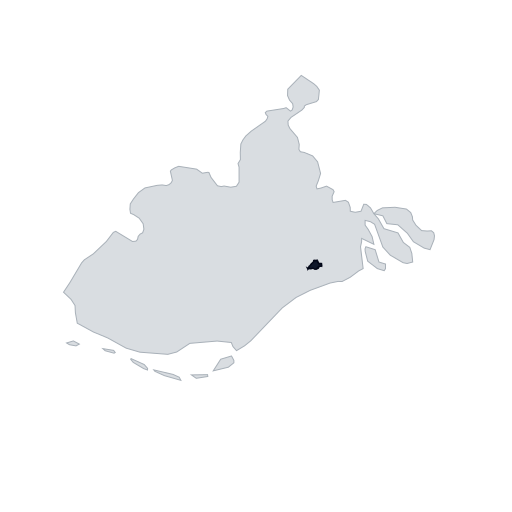 Lansingerland, Zuid-Holland, Netherlands (highlighted), rotated 213°
{"feature_id": "6326949B1243164224126", "entity_name": "Lansingerland", "entity_type": "district", "adm_level": 2, "iso_a3": "NLD", "parent_name": "Netherlands", "parent_adm1": "Zuid-Holland", "projection": "orthographic", "projection_center": [4.494, 52.011], "detail": "fine", "context": "in_parent", "style": "filled", "palette": "ink", "viewbox_px": 512, "rotation_deg": 213, "n_neighbors": 0, "source": "geoboundaries", "source_scale": "gbopen_adm2", "svg_char_len": 4836}
<svg xmlns="http://www.w3.org/2000/svg" viewBox="0 0 512 512"><g transform="rotate(213 256 256)"><path d="M316.4,432.1L308.5,432.0L301.2,431.9L297.3,431.3L293.2,429.6L291.2,425.8L288.9,421.2L289.4,418.4L296.2,410.3L297.1,408.1L296.4,406.9L297.0,403.4L302.1,391.4L302.7,386.6L300.3,383.3L296.9,381.3L285.8,378.0L280.5,373.1L278.1,368.8L275.6,367.6L272.0,369.1L263.0,370.8L255.6,368.5L246.8,360.4L244.7,353.0L243.6,347.4L241.4,345.5L238.5,348.4L234.9,353.0L227.6,353.6L225.5,352.5L225.1,350.0L224.7,347.6L222.7,344.6L220.5,342.9L211.3,351.4L207.8,351.4L203.5,348.1L201.3,344.9L196.6,346.7L192.3,350.7L193.8,358.1L191.5,359.4L186.2,358.7L180.2,355.7L173.6,353.8L163.6,348.6L149.5,352.7L139.8,347.6L131.7,347.0L126.7,343.0L121.3,336.3L125.2,332.0L129.0,330.5L143.8,329.8L154.5,332.6L173.8,347.2L178.7,347.1L183.9,345.3L181.3,341.3L176.4,339.4L169.2,335.5L163.5,330.0L177.0,328.3L175.2,325.5L173.4,320.7L159.3,303.8L161.8,299.3L165.4,289.5L169.9,281.5L173.4,279.3L179.2,273.6L191.8,256.8L199.8,243.1L205.7,226.8L214.2,182.0L216.7,174.4L220.8,166.0L226.0,167.5L229.6,170.0L242.3,163.5L263.9,146.7L270.2,132.3L276.4,125.5L301.0,112.1L314.7,108.0L335.8,106.5L351.0,103.7L369.3,102.3L376.6,110.1L380.8,115.9L387.5,118.9L397.7,120.8L397.6,132.4L398.5,155.2L397.9,159.3L393.6,169.2L389.4,186.7L388.5,198.1L387.1,200.3L367.5,200.9L364.8,203.0L364.4,205.4L365.5,208.3L365.1,211.3L363.7,213.7L364.6,217.4L368.2,221.6L374.5,224.1L381.1,224.1L384.5,223.5L387.2,226.5L389.8,231.2L389.8,237.1L389.1,245.1L386.2,252.6L377.4,261.4L373.4,264.5L369.6,266.2L367.8,268.5L367.0,271.4L367.3,273.9L374.0,280.5L373.9,282.1L372.1,285.7L369.7,289.1L353.1,296.5L346.1,296.2L342.2,299.8L341.0,300.4L336.5,297.4L326.6,293.9L322.9,295.3L320.9,297.3L314.7,299.9L310.4,303.8L310.4,308.7L318.6,321.3L321.4,323.7L321.6,328.4L325.6,334.3L329.7,341.7L330.2,346.4L329.9,351.2L328.0,358.1L321.5,374.2L321.4,377.2L322.1,379.6L324.5,380.1L326.3,381.3L325.8,383.4L313.1,394.8L311.5,396.8L306.0,396.3L305.2,398.2L306.0,401.2L308.2,403.7L312.8,405.0L316.9,407.7L320.2,413.2L316.4,432.1ZM180.2,355.7L179.1,360.3L176.1,365.3L165.9,372.6L155.4,377.3L149.9,376.7L146.2,374.1L144.2,371.5L138.6,368.9L130.9,367.5L126.0,370.2L122.6,372.7L119.6,372.3L117.3,370.1L115.6,366.7L113.5,356.1L119.3,354.2L131.8,353.7L141.4,357.5L154.1,359.4L163.9,354.4L171.5,358.8L180.2,355.7ZM159.5,312.5L166.8,319.2L168.4,321.3L168.9,323.6L159.5,326.2L149.6,317.9L143.0,319.8L140.5,315.9L140.5,313.5L147.4,311.5L159.5,312.5ZM229.4,150.2L222.1,158.8L217.7,156.4L216.4,154.4L218.6,147.7L229.3,136.4L229.4,150.2ZM261.1,111.5L254.4,112.5L251.3,110.8L267.6,105.8L277.9,104.2L279.7,104.8L261.1,111.5ZM304.9,101.9L290.6,104.1L285.7,102.7L284.9,101.3L288.8,100.4L301.0,99.9L304.8,101.1L304.9,101.9ZM245.4,121.1L232.0,130.1L230.8,128.7L239.5,120.9L245.4,121.1ZM362.9,85.3L356.2,85.9L358.0,82.6L364.1,80.0L367.5,79.9L362.9,85.3ZM334.0,94.9L324.0,99.3L321.5,98.4L322.1,97.2L330.9,94.4L334.0,94.9Z" fill="#d9dde1" stroke="#a8b0b8" stroke-width="1"/><path d="M205.4,273.4L204.9,273.9L204.9,274.0L204.7,274.2L204.7,274.3L204.7,274.6L204.5,274.9L204.4,274.9L204.2,274.9L203.8,274.8L203.7,274.8L203.1,275.2L203.1,275.3L202.8,275.5L202.6,275.7L202.4,275.9L202.2,276.1L201.9,276.5L201.7,276.7L201.6,276.8L201.4,276.9L199.4,277.0L199.2,277.1L198.7,277.6L198.6,277.8L198.4,277.8L198.2,277.9L198.1,278.0L197.9,278.1L197.9,278.3L197.9,278.5L198.0,278.6L198.0,278.8L197.9,278.9L198.0,278.9L198.0,279.0L198.2,279.3L198.0,279.5L197.9,279.6L197.8,279.8L197.8,280.0L197.7,280.0L197.8,280.1L197.9,280.3L198.0,280.3L198.0,280.5L197.9,280.6L197.7,280.7L197.3,280.8L197.4,281.1L197.5,281.1L197.5,281.3L197.4,281.3L197.2,281.5L197.1,281.8L195.5,283.3L195.4,283.3L195.5,283.6L195.7,283.8L195.9,284.0L196.0,284.1L196.1,284.3L196.3,284.4L196.3,284.5L196.7,285.0L196.8,285.0L197.0,285.3L197.3,285.1L197.5,285.0L197.6,284.9L197.9,284.8L198.0,284.8L198.1,284.7L198.1,284.3L198.2,284.2L198.2,283.9L198.4,283.6L198.5,283.4L198.6,283.5L198.6,283.4L198.8,283.3L198.7,283.2L199.8,284.1L200.0,284.3L200.7,284.8L200.7,284.6L200.7,284.4L200.8,284.3L201.6,284.9L201.5,285.0L201.8,285.2L202.0,285.4L202.5,285.7L202.6,285.3L202.8,285.3L203.0,285.1L203.2,284.9L203.3,284.8L203.5,284.8L203.7,284.7L203.8,284.5L203.8,284.4L203.9,284.5L204.0,284.5L204.2,284.4L204.3,284.4L204.5,284.2L204.8,284.1L205.0,283.9L205.1,283.7L205.0,283.4L204.9,283.1L204.7,282.9L204.7,282.7L204.6,282.2L204.6,281.9L204.7,281.7L204.7,281.4L204.8,281.4L205.0,280.7L205.0,280.4L205.1,280.2L205.2,279.8L205.3,279.7L205.2,279.5L205.3,279.5L205.3,279.4L205.3,279.2L205.3,278.8L205.3,278.7L205.4,278.4L205.4,278.2L205.4,277.9L205.4,277.6L205.4,277.3L205.6,276.8L205.8,276.5L205.8,276.1L205.7,275.8L205.6,275.7L205.7,275.4L205.7,275.2L205.8,275.0L205.8,274.9L205.9,273.8L205.9,273.7L206.0,273.7L205.5,273.4L205.4,273.3L205.4,273.4Z" fill="#0f172a" stroke="#020617" stroke-width="1.5"/></g></svg>